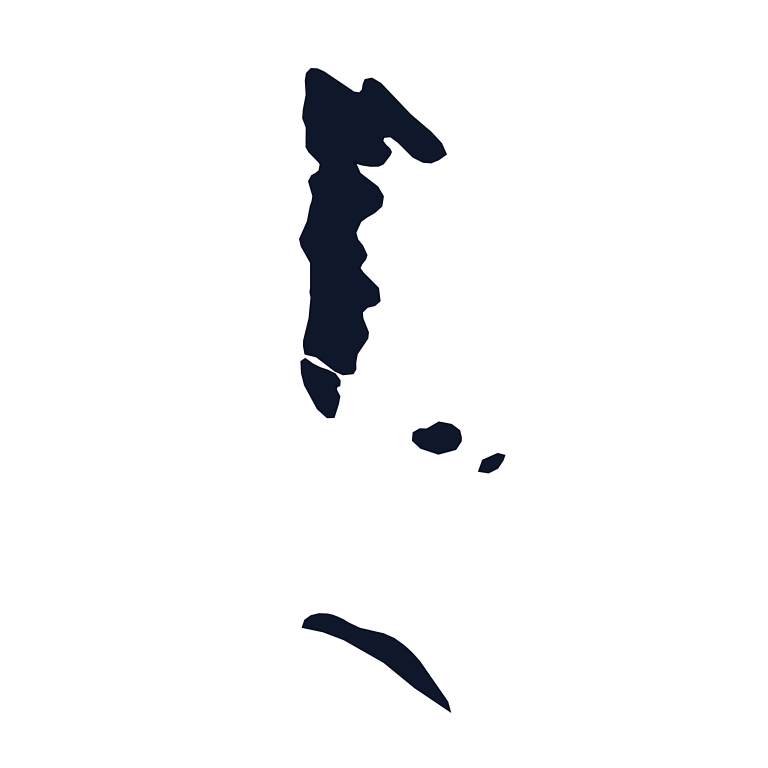 the border of Tawi-Tawi, rotated 304°
{"feature_id": "PHL-2511", "entity_name": "Tawi-Tawi", "entity_type": "Province", "adm_level": 1, "iso_a3": "PHL", "parent_name": "Philippines", "parent_adm1": "", "projection": "robinson", "projection_center": [119.911, 5.003], "detail": "fine", "context": "isolated", "style": "filled", "palette": "ink", "viewbox_px": 768, "rotation_deg": 304, "n_neighbors": 0, "source": "natural_earth", "source_scale": "10m", "svg_char_len": 1999}
<svg xmlns="http://www.w3.org/2000/svg" viewBox="0 0 768 768"><g transform="rotate(304 384 384)"><path d="M630.6,203.1L631.2,213.4L621.9,255.5L618.8,282.7L615.4,297.1L609.2,307.0L600.4,303.6L593.8,299.2L589.9,292.3L588.5,281.1L592.4,260.8L592.9,251.1L588.5,245.7L584.6,246.9L582.9,251.7L582.0,257.2L580.3,260.2L577.2,260.8L566.2,260.2L561.7,257.5L557.2,251.0L553.5,243.2L551.4,236.4L545.1,246.4L543.7,268.7L539.0,278.4L530.2,282.5L521.2,280.3L512.7,276.2L505.9,273.7L493.6,275.8L488.8,281.3L486.4,289.0L481.2,297.6L476.9,298.8L471.2,298.3L466.4,299.1L464.4,304.4L460.2,325.7L450.5,334.1L444.0,332.3L438.5,327.2L431.3,325.7L426.4,329.6L417.9,342.1L412.7,344.8L393.8,344.8L385.8,348.4L380.4,352.2L375.4,352.4L369.0,344.8L367.5,336.3L368.9,312.7L364.9,301.8L370.5,296.3L375.1,293.3L396.5,285.4L415.1,275.3L418.9,271.4L422.6,269.7L443.6,255.5L452.1,238.5L457.0,233.2L476.0,229.8L490.3,223.7L495.5,222.3L500.1,220.2L510.0,208.3L516.3,207.7L520.6,209.9L524.7,211.1L530.8,208.3L531.9,205.0L534.6,192.0L537.1,187.0L553.3,176.3L559.1,168.1L566.7,163.8L580.3,158.0L591.8,149.2L598.3,146.2L604.5,147.3L607.8,152.6L609.0,160.2L609.0,196.0L611.4,201.0L615.8,201.8L620.7,199.4L625.7,198.3L630.6,203.1ZM165.8,488.0L167.8,500.8L176.5,523.5L178.5,534.8L178.1,547.4L176.4,558.2L173.8,568.5L155.9,614.5L149.6,621.8L149.6,579.3L153.3,539.5L149.8,493.6L144.7,471.9L136.8,452.5L143.9,450.6L150.8,453.1L157.0,458.7L161.3,465.5L163.4,470.8L164.7,476.5L165.6,482.2L165.8,488.0ZM355.2,346.3L352.6,347.5L351.4,349.5L348.9,354.1L342.0,357.1L328.4,361.1L324.5,355.6L326.3,342.8L338.8,318.9L347.0,309.7L356.3,302.8L360.9,304.6L360.6,313.8L361.6,321.8L363.7,329.3L364.9,337.9L362.1,345.6L357.9,348.0L355.2,346.3ZM379.6,479.8L370.0,479.9L356.5,468.2L351.5,450.3L353.2,439.4L360.0,435.6L366.8,439.0L370.3,444.7L383.1,451.0L388.0,462.7L387.5,472.7L382.7,477.9L379.6,479.8ZM376.0,508.6L389.8,517.3L392.2,523.9L387.4,525.1L377.9,525.2L369.0,520.3L364.8,511.4L376.0,508.6Z" fill="#0f172a" stroke="#020617" stroke-width="1.5"/></g></svg>